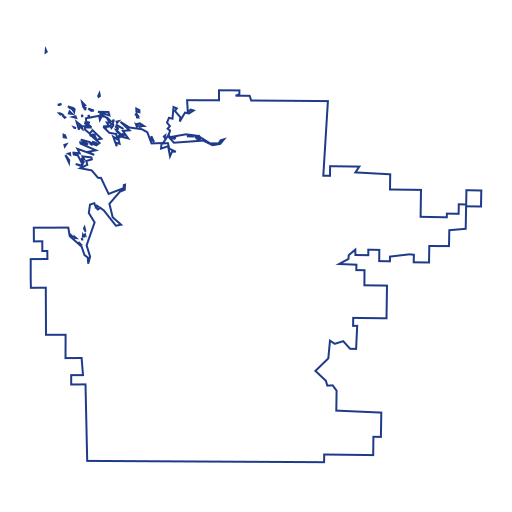 the district of Derby-West Kimberley, Western Australia, Australia
{"feature_id": "25037944B76695994650709", "entity_name": "Derby-West Kimberley", "entity_type": "district", "adm_level": 2, "iso_a3": "AUS", "parent_name": "Australia", "parent_adm1": "Western Australia", "projection": "albers", "projection_center": [123.97, -17.504], "detail": "fine", "context": "isolated", "style": "outline", "palette": "blue", "viewbox_px": 512, "rotation_deg": 0, "n_neighbors": 0, "source": "geoboundaries", "source_scale": "gbopen_adm2", "svg_char_len": 5928}
<svg xmlns="http://www.w3.org/2000/svg" viewBox="0 0 512 512"><path d="M87.2,460.9L324.1,462.2L324.2,454.5L373.2,455.1L373.4,436.8L380.9,436.9L381.3,412.6L336.3,410.6L336.6,390.7L332.7,385.4L327.3,385.6L325.9,380.8L315.4,370.9L328.3,358.4L330.0,340.7L334.8,343.8L343.2,341.2L350.1,348.8L356.1,348.9L357.2,325.9L353.1,325.9L353.2,317.9L386.5,318.3L387.0,285.6L364.4,285.3L364.5,270.2L356.3,270.1L356.4,264.7L339.1,264.0L348.4,259.0L348.8,255.1L355.3,249.6L355.4,255.0L368.3,255.2L368.3,249.7L379.3,249.9L379.2,261.1L389.9,261.3L390.0,256.6L409.5,254.3L413.9,254.8L413.7,262.3L429.0,262.5L429.3,246.0L449.0,246.1L449.3,230.2L465.7,228.8L466.1,206.3L481.0,206.5L481.3,190.5L466.4,190.2L466.2,204.5L458.8,204.3L458.6,213.8L446.9,213.6L446.8,217.3L420.6,216.8L421.0,189.9L390.0,189.5L390.2,174.3L355.4,172.4L359.3,166.6L330.1,166.2L330.0,175.8L323.3,175.7L327.9,101.1L251.2,100.5L249.6,95.8L235.6,95.7L239.3,94.3L239.4,90.4L219.0,90.3L219.0,100.3L187.1,100.2L187.8,112.0L190.7,109.6L193.6,110.5L188.9,113.5L185.0,112.6L179.8,121.5L180.4,117.3L174.9,110.9L176.8,108.4L173.5,107.0L172.5,118.7L169.0,117.8L167.0,122.6L169.9,126.1L167.6,128.7L170.1,130.6L168.5,135.2L170.2,137.1L186.0,134.3L198.1,135.9L210.1,143.4L218.6,143.4L220.6,140.3L224.0,139.3L220.2,143.9L212.6,145.2L203.2,140.6L173.9,142.7L167.8,135.9L162.8,143.5L167.9,143.1L169.3,148.7L175.8,151.7L172.0,151.7L170.0,156.3L168.1,146.2L161.0,148.6L161.6,143.1L151.5,143.4L147.3,132.2L141.8,129.2L129.4,127.5L120.5,121.9L129.5,130.3L122.9,130.9L128.2,138.4L123.7,137.3L118.0,131.6L121.3,136.6L118.2,135.6L120.5,137.7L118.0,136.7L119.6,143.8L116.3,142.8L116.7,146.3L113.3,136.8L117.2,139.2L116.2,134.0L109.3,132.8L103.8,127.4L104.0,126.3L107.4,126.2L108.0,127.3L108.0,125.3L109.4,127.4L106.8,122.5L111.1,122.9L109.3,121.8L106.7,117.8L100.0,113.5L102.6,116.4L100.0,116.1L101.1,117.5L99.9,119.9L99.1,115.8L85.9,118.3L86.3,122.0L90.0,122.6L86.2,122.6L91.5,127.3L87.5,125.6L89.8,127.5L84.9,127.4L84.9,129.5L89.7,133.6L92.5,130.2L101.4,138.7L96.2,139.8L95.7,137.7L92.8,137.1L99.5,143.0L96.4,145.3L92.8,143.9L92.0,144.6L90.7,144.2L89.7,142.1L80.8,139.6L88.1,144.4L80.3,142.3L80.5,143.6L95.9,150.3L88.2,151.8L94.2,154.9L77.4,148.8L79.7,153.4L72.5,152.5L76.9,153.7L81.2,161.9L81.8,158.7L84.2,159.3L82.6,156.4L91.4,157.4L91.8,159.4L86.3,161.0L87.3,164.8L80.3,168.2L91.7,170.4L98.0,177.8L101.0,177.9L108.6,193.9L123.7,188.1L123.8,185.1L125.0,184.7L124.7,189.7L119.8,191.8L109.4,203.8L112.7,217.3L121.1,224.7L115.9,225.7L103.9,210.5L100.3,207.8L97.9,209.5L95.9,207.5L94.3,203.2L90.0,204.6L88.8,213.0L94.6,222.4L86.6,245.3L90.1,256.6L88.2,263.7L87.8,257.5L84.5,255.1L81.6,246.6L69.7,236.1L68.3,227.6L33.8,227.7L33.9,241.4L42.3,241.3L42.3,251.0L47.3,251.0L47.4,259.0L30.7,259.1L30.7,278.2L30.9,287.8L45.8,287.7L46.0,334.8L65.6,334.8L65.5,358.1L81.6,358.0L83.0,375.1L71.2,375.1L71.2,384.5L85.5,384.4L87.2,460.9ZM98.0,111.8L109.4,115.4L108.5,112.0L98.0,111.8ZM76.6,121.9L78.9,129.7L79.7,126.0L83.1,127.1L76.6,121.9ZM65.4,155.0L69.0,162.7L69.2,160.1L65.4,155.0ZM75.7,164.0L81.5,166.2L83.3,163.1L80.9,165.4L75.7,164.0ZM119.3,126.7L123.5,128.9L115.8,124.5L119.3,126.7ZM136.4,111.4L139.4,112.2L139.4,110.2L136.3,108.6L136.4,111.4ZM154.0,141.9L152.3,138.5L151.4,136.1L151.6,139.5L154.0,141.9ZM82.9,106.3L85.6,110.2L84.9,108.2L86.3,108.3L82.9,106.3ZM84.0,228.4L85.5,231.7L84.5,227.4L84.0,228.4ZM111.4,128.0L113.2,125.8L113.2,124.2L112.7,123.3L110.1,125.5L111.4,128.0ZM139.8,126.8L140.7,126.7L140.7,126.1L143.9,126.0L140.7,123.9L139.8,126.8ZM138.9,117.3L136.4,113.5L135.7,114.7L138.9,117.3ZM93.9,110.6L88.3,108.6L91.3,110.9L93.9,110.6ZM189.6,135.6L187.0,136.3L193.8,136.5L189.6,135.6ZM82.1,102.1L82.9,105.5L85.0,105.1L82.1,102.1ZM199.9,139.7L199.8,137.5L196.7,138.4L197.6,139.3L199.9,139.7ZM115.3,126.3L118.2,129.6L117.9,128.4L115.3,126.3ZM65.9,137.6L65.1,135.4L63.6,134.7L63.7,137.3L65.9,137.6ZM82.4,128.9L82.2,127.6L80.8,126.9L80.3,126.9L82.4,128.9ZM68.9,113.5L72.2,113.9L69.6,111.4L68.9,113.5ZM74.2,112.0L74.6,109.2L73.2,108.1L72.4,109.4L74.2,112.0ZM118.6,121.2L116.6,121.6L117.1,122.8L118.6,121.2ZM62.3,115.3L64.7,117.8L65.3,117.3L62.3,115.3ZM106.9,117.3L108.9,120.9L110.5,120.9L106.9,117.3ZM66.3,144.3L64.4,144.9L64.8,146.5L66.3,144.3ZM90.5,135.6L92.6,135.9L89.9,134.0L90.5,135.6ZM81.8,114.8L82.2,117.1L82.4,115.7L81.8,114.8ZM75.5,116.3L72.8,117.0L76.1,117.9L75.5,116.3ZM96.3,207.1L98.2,206.6L96.9,205.7L96.3,207.1ZM82.7,160.1L82.5,162.8L83.8,161.9L82.7,160.1ZM70.5,236.2L72.6,236.6L70.3,234.5L70.5,236.2ZM197.2,137.7L198.0,136.4L196.1,137.1L197.2,137.7ZM46.7,51.7L45.8,49.8L45.6,52.5L46.7,51.7ZM99.4,93.4L98.2,96.0L98.6,96.9L99.9,96.0L99.4,93.4ZM172.3,138.2L174.5,138.8L175.5,137.0L172.3,138.2ZM88.5,115.0L88.5,116.5L89.4,116.9L88.5,115.0ZM61.4,103.8L57.8,104.8L59.6,105.1L61.4,103.8ZM68.2,153.7L70.2,154.8L70.0,153.2L68.2,153.7ZM94.9,136.1L94.6,134.9L92.1,134.3L94.9,136.1ZM92.1,141.6L94.7,143.4L96.4,143.5L96.0,142.9L92.1,141.6ZM73.9,127.3L74.3,127.9L76.0,128.1L73.9,127.3ZM74.8,238.0L76.1,238.1L74.7,236.9L74.8,238.0ZM68.9,107.5L71.9,109.0L71.1,108.2L68.9,107.5ZM85.0,123.5L87.9,125.2L84.6,122.9L85.0,123.5ZM113.0,122.2L113.4,121.8L113.8,119.6L112.7,121.2L113.0,122.2ZM104.3,126.9L105.7,128.3L106.3,127.6L104.3,126.9ZM91.2,143.0L92.0,144.4L92.6,143.7L91.2,143.0ZM116.1,130.1L118.1,133.2L117.2,130.5L116.1,130.1ZM136.2,124.9L136.8,126.6L137.6,126.1L136.2,124.9ZM122.1,134.3L124.7,135.6L121.6,133.6L122.1,134.3ZM82.8,236.6L83.7,236.6L83.0,235.1L82.8,236.6ZM79.1,243.6L80.2,243.8L78.5,242.1L79.1,243.6ZM81.8,238.7L82.6,240.4L81.8,238.1L81.8,238.7ZM84.6,126.2L86.6,127.2L87.2,126.0L84.6,126.2ZM72.4,107.8L67.8,106.4L68.8,106.9L71.4,107.8L72.4,107.8ZM61.8,114.2L60.0,113.3L59.1,113.3L60.4,114.6L61.8,114.2ZM75.0,154.8L74.2,154.1L73.0,154.4L75.0,154.8ZM165.0,135.6L163.9,136.5L164.5,137.4L165.0,135.6ZM84.4,235.1L85.3,235.6L85.0,234.4L84.4,235.1ZM136.2,117.4L137.9,117.5L137.4,116.9L136.2,117.4ZM138.0,124.8L138.6,123.6L136.8,124.0L138.0,124.8Z" fill="none" stroke="#1e3a8a" stroke-width="2"/></svg>